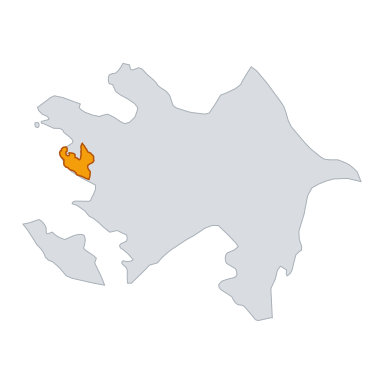 Gadabay District, Gədəbəy, Azerbaijan (highlighted)
{"feature_id": "54616110B46799199998097", "entity_name": "Gadabay District", "entity_type": "district", "adm_level": 2, "iso_a3": "AZE", "parent_name": "Azerbaijan", "parent_adm1": "Gədəbəy", "projection": "robinson", "projection_center": [45.649, 40.556], "detail": "fine", "context": "in_parent", "style": "filled", "palette": "amber", "viewbox_px": 384, "rotation_deg": 0, "n_neighbors": 0, "source": "geoboundaries", "source_scale": "gbopen_adm2", "svg_char_len": 5082}
<svg xmlns="http://www.w3.org/2000/svg" viewBox="0 0 384 384"><path d="M272.3,317.9L270.6,317.8L258.1,320.6L255.5,319.7L244.7,306.8L242.5,305.3L237.9,304.7L235.2,302.6L233.0,299.1L231.7,296.6L220.6,289.5L219.0,287.0L218.7,284.7L220.3,282.7L222.2,281.0L227.5,279.2L233.8,277.7L235.8,276.6L236.8,274.8L236.7,271.8L235.6,268.8L226.6,263.4L225.6,261.1L225.2,258.3L225.7,255.3L227.1,253.0L234.4,249.9L238.3,246.6L235.8,243.0L227.9,234.7L218.4,225.5L212.1,225.5L204.9,228.2L193.4,235.9L187.0,239.3L178.7,244.8L169.6,250.9L162.2,257.4L157.6,262.8L149.4,265.2L145.2,269.7L131.4,283.2L127.5,283.1L127.2,276.3L127.4,271.0L126.5,267.9L122.0,263.7L121.9,261.9L123.1,260.8L126.6,261.5L131.0,261.2L133.1,259.6L128.3,254.1L124.1,250.4L120.5,247.9L119.7,246.4L119.7,245.3L120.5,244.0L126.6,241.0L127.2,238.2L126.7,235.1L117.1,230.5L109.8,232.2L103.3,227.0L99.1,223.0L93.9,218.7L89.3,216.3L84.8,210.9L77.1,205.4L72.2,203.8L72.2,203.0L73.1,201.9L75.2,201.1L89.0,201.3L90.7,200.3L91.5,198.0L93.4,194.5L95.6,189.3L95.4,185.0L81.6,178.0L71.5,171.6L64.6,163.1L59.9,155.3L60.1,152.7L61.4,150.3L72.2,143.1L72.9,141.3L72.6,140.0L68.8,136.3L64.0,132.6L62.5,129.8L59.5,128.4L53.8,128.3L43.7,123.7L41.6,123.2L41.1,122.3L41.6,121.4L48.8,119.5L48.7,117.9L46.5,115.9L42.5,114.4L38.8,110.7L37.5,107.4L50.4,97.7L54.3,95.8L62.7,97.5L80.3,104.0L79.1,107.5L80.9,109.6L85.0,112.3L92.7,115.1L99.3,116.5L102.6,115.3L107.7,114.2L114.2,117.4L120.3,121.5L123.3,123.1L124.9,123.6L129.5,122.3L135.0,117.0L137.2,110.7L137.8,107.7L134.5,103.5L127.9,99.0L120.5,95.0L115.7,91.5L112.6,84.6L109.6,83.8L108.8,82.9L108.3,80.5L108.4,77.2L109.4,74.7L112.4,73.6L115.5,73.2L118.2,70.8L121.6,66.0L123.0,63.4L129.5,64.9L130.4,69.1L131.5,70.0L134.2,69.5L138.6,67.7L142.2,69.1L146.8,74.2L153.1,79.6L156.5,83.1L157.9,85.6L161.1,88.0L165.8,90.9L169.6,95.3L173.1,105.6L176.5,108.0L188.7,111.9L193.0,112.7L204.9,114.1L209.1,113.1L215.2,104.2L220.6,95.1L225.8,93.2L235.1,88.8L240.6,84.6L242.9,80.1L248.1,71.6L251.2,66.8L256.8,71.0L266.5,82.5L280.4,101.3L283.8,106.6L286.1,112.8L288.1,120.2L291.3,126.8L305.4,143.4L311.5,149.6L321.4,157.5L324.9,159.3L329.5,159.8L337.9,159.8L345.7,162.9L349.6,165.1L353.6,168.3L357.2,171.9L361.0,181.6L347.5,178.4L333.9,178.9L326.3,181.0L319.0,183.9L311.9,187.9L307.6,195.7L304.1,214.0L298.9,231.1L299.2,239.1L301.7,246.7L301.4,250.3L298.9,251.8L295.8,255.0L291.8,270.8L289.8,273.9L287.1,275.9L286.3,274.0L286.5,269.9L280.5,266.2L277.4,270.3L275.3,279.0L271.1,288.1L270.9,289.8L272.3,317.9ZM70.5,156.9L71.1,154.5L69.4,153.4L67.6,153.4L66.1,154.6L66.1,157.6L68.2,158.1L70.5,156.9ZM26.0,228.0L24.0,225.5L23.0,224.1L29.0,222.9L39.0,219.5L41.7,221.2L44.6,224.6L46.1,227.6L46.3,233.0L47.5,233.9L52.3,232.1L54.5,234.3L58.2,236.9L64.7,239.6L74.0,235.5L78.7,234.4L82.5,234.5L84.5,235.8L85.3,240.0L84.5,245.3L83.4,248.1L85.4,250.2L93.1,255.3L96.3,258.1L94.7,263.0L100.4,274.8L102.4,279.5L104.6,285.2L92.9,283.0L71.8,278.2L66.1,275.7L60.6,269.1L57.3,265.8L52.5,261.7L48.5,260.2L45.5,257.3L43.8,253.1L41.3,249.3L37.0,244.8L27.3,229.6L26.0,228.0ZM38.8,126.8L37.5,127.6L35.5,126.8L34.9,124.9L35.0,122.9L37.0,122.5L38.6,123.0L39.1,124.8L38.8,126.8Z" fill="#d9dde1" stroke="#a8b0b8" stroke-width="1"/><path d="M82.4,143.4L81.7,144.0L81.6,144.7L81.4,145.4L81.0,146.0L80.9,147.1L81.1,148.5L81.2,149.1L81.3,149.9L81.1,150.7L80.8,151.4L81.1,152.3L80.9,152.9L81.1,153.5L81.2,154.1L81.1,154.8L80.9,155.4L80.8,156.5L80.8,157.1L80.7,157.9L80.4,158.3L80.2,158.9L79.8,159.6L79.7,159.6L79.0,159.7L78.6,159.5L78.2,159.1L77.9,158.7L77.5,158.2L76.9,158.0L76.0,157.7L75.1,157.5L75.0,156.4L75.1,155.2L74.9,154.5L74.3,154.0L73.9,153.6L73.1,153.4L72.4,153.2L71.5,153.0L71.0,153.0L70.1,152.9L69.2,152.8L69.1,153.1L69.0,153.4L69.3,154.1L69.4,154.4L69.3,155.0L69.0,155.6L68.4,155.8L67.7,155.7L66.8,155.3L66.2,154.6L65.9,153.9L65.9,153.6L65.9,153.3L65.9,152.6L66.0,151.9L66.7,151.5L67.0,151.3L67.1,150.5L67.1,149.8L67.2,148.8L66.9,147.9L66.4,147.3L66.0,147.0L65.6,146.9L64.4,147.2L63.5,147.3L62.9,147.5L62.5,148.0L62.0,148.5L61.4,149.0L61.4,149.6L61.5,150.3L61.3,150.7L60.5,150.8L60.0,151.5L59.7,152.4L59.7,153.2L59.7,153.9L60.1,154.9L60.5,155.8L60.9,156.7L61.9,157.8L62.5,158.3L63.1,159.0L63.8,159.5L63.8,160.1L64.0,160.9L64.0,161.6L63.7,162.3L63.8,163.1L64.0,163.9L63.9,164.8L64.5,165.6L65.2,166.3L65.7,167.0L66.5,167.2L67.4,167.5L68.1,167.9L68.4,168.4L69.1,169.0L70.0,169.7L70.8,170.1L71.7,170.3L72.6,170.4L73.4,170.9L74.0,171.2L74.9,171.8L75.8,172.8L76.3,173.5L76.5,174.5L77.8,175.1L78.9,175.4L79.8,175.7L81.1,176.1L82.4,176.6L83.5,177.1L84.8,177.8L86.0,178.4L87.0,178.6L88.2,179.3L89.0,179.3L88.8,178.6L89.1,178.2L89.6,177.4L89.8,176.4L90.0,175.3L90.0,174.1L90.1,173.5L90.2,172.7L90.1,171.5L89.7,170.8L88.7,169.7L88.2,168.7L87.7,167.7L87.7,166.4L87.7,165.5L88.6,164.8L89.5,164.1L90.3,163.6L91.4,163.2L92.0,162.9L92.7,162.4L93.4,161.7L93.6,160.9L93.9,160.4L93.5,159.3L93.6,158.1L93.6,157.2L93.6,156.5L93.2,155.7L92.0,154.8L91.6,154.2L90.5,153.0L89.4,152.6L88.3,152.1L87.8,151.8L87.3,150.8L86.8,149.9L86.5,149.1L85.5,148.2L85.1,147.2L84.7,146.6L84.2,145.8L83.5,145.0L82.6,143.9L82.4,143.4Z" fill="#f59e0b" stroke="#b45309" stroke-width="1.5"/></svg>